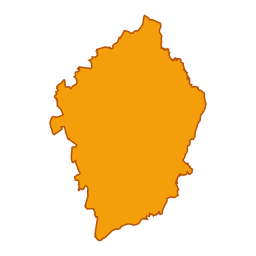 Morroa, Sucre, Colombia (Natural Earth projection)
{"feature_id": "7082276B21586467517782", "entity_name": "Morroa", "entity_type": "district", "adm_level": 2, "iso_a3": "COL", "parent_name": "Colombia", "parent_adm1": "Sucre", "projection": "natural_earth1", "projection_center": [-75.308, 9.392], "detail": "fine", "context": "isolated", "style": "filled", "palette": "amber", "viewbox_px": 256, "rotation_deg": 0, "n_neighbors": 0, "source": "geoboundaries", "source_scale": "gbopen_adm2", "svg_char_len": 5662}
<svg xmlns="http://www.w3.org/2000/svg" viewBox="0 0 256 256"><path d="M89.1,60.4L90.6,61.6L91.4,62.9L91.6,65.5L91.9,67.2L90.4,68.5L79.4,66.9L78.4,67.7L77.7,68.7L79.1,68.5L79.4,68.6L79.7,68.9L79.6,69.9L78.8,70.0L79.0,70.6L78.7,71.3L78.0,71.7L75.6,72.2L75.3,72.5L75.5,75.3L75.1,76.3L74.1,76.9L75.7,78.0L76.7,80.0L76.9,81.2L76.9,82.6L75.7,84.8L74.5,85.1L72.7,86.1L70.7,88.7L69.9,87.2L68.8,86.7L66.2,87.2L65.3,86.4L65.0,83.9L65.2,82.5L64.8,81.7L64.8,80.6L64.2,79.8L63.4,80.3L63.0,81.0L62.3,81.5L61.8,82.7L58.2,84.9L57.8,86.2L56.7,86.6L56.9,88.7L57.7,89.6L57.9,90.7L57.8,91.0L57.2,91.4L55.9,91.7L56.2,93.8L56.7,93.8L56.7,94.4L54.9,95.6L54.6,96.1L54.5,96.8L54.7,97.4L55.4,97.8L55.7,98.5L55.9,98.5L56.2,98.1L56.6,98.3L56.7,98.5L56.5,99.4L57.4,100.2L57.4,100.6L56.9,100.8L57.3,101.6L57.1,102.4L57.4,104.4L57.2,105.8L58.4,106.6L59.6,108.0L60.6,108.8L62.9,114.0L63.3,114.6L61.2,115.8L56.8,117.2L52.7,116.6L51.7,118.0L50.9,119.7L50.2,122.0L50.0,123.7L50.3,124.0L50.6,126.8L51.8,129.4L52.3,132.1L52.8,133.2L54.1,134.6L62.1,129.1L61.2,126.9L64.2,126.6L65.3,129.7L65.5,131.6L68.2,139.4L68.4,139.5L69.1,138.9L69.8,139.8L76.7,145.0L75.9,147.0L72.3,147.1L72.0,147.6L71.9,150.6L71.5,153.7L71.3,158.6L72.4,162.5L73.4,162.4L75.7,160.9L75.5,161.7L75.6,162.6L76.8,165.2L77.0,166.3L78.8,171.0L80.0,173.0L79.4,174.2L78.6,174.7L76.8,175.1L76.3,175.8L75.1,176.4L74.8,176.9L74.7,177.6L75.4,180.1L78.0,180.3L78.6,180.8L78.8,181.3L78.9,182.7L78.6,185.2L79.2,186.3L79.4,187.1L78.5,188.9L78.4,189.8L78.6,190.4L79.2,190.3L80.7,188.9L81.6,188.9L82.5,189.6L83.0,189.5L83.9,188.6L85.0,186.2L85.6,185.9L86.8,186.3L87.7,187.9L87.9,188.7L87.7,193.7L88.0,195.2L87.5,197.9L85.9,203.2L85.5,205.1L85.2,205.7L85.7,205.7L85.5,207.2L86.7,208.6L87.7,208.9L93.4,208.7L95.3,213.4L95.3,213.6L94.6,214.3L96.0,217.3L97.0,216.8L97.3,216.9L97.2,217.7L97.5,218.0L95.1,233.9L95.1,235.1L95.7,235.2L95.1,237.0L96.1,237.5L97.4,239.4L98.0,240.0L100.0,240.6L101.3,240.1L102.6,238.6L102.8,238.8L103.4,238.2L104.9,237.7L111.7,231.2L112.7,230.1L114.4,229.9L116.1,229.1L118.4,229.1L120.1,228.3L121.2,226.5L124.6,225.0L127.6,224.0L130.7,224.1L133.6,225.2L137.1,224.3L138.6,223.5L139.3,222.9L141.4,219.4L142.2,218.8L144.4,219.0L144.4,218.7L147.5,219.2L147.2,218.5L146.2,217.3L146.2,216.6L146.4,215.9L149.4,216.3L149.7,213.6L149.9,213.3L151.2,214.5L152.4,214.4L152.7,214.6L153.4,215.9L153.6,215.5L156.8,214.6L156.8,213.8L159.1,213.3L158.8,212.0L158.6,212.0L158.5,211.6L158.9,211.6L160.2,214.4L162.1,213.8L162.6,210.0L164.8,205.2L166.5,202.3L166.9,201.3L167.0,200.6L166.8,200.1L166.9,198.8L168.9,197.4L169.3,197.5L170.5,196.8L173.2,197.3L174.2,197.7L178.2,195.2L177.5,193.9L177.6,191.3L177.3,190.8L178.6,189.8L175.7,182.8L176.3,182.5L176.9,183.8L177.4,183.3L177.2,182.2L176.9,181.8L176.2,182.0L176.2,180.9L176.7,181.0L176.8,180.5L176.6,180.4L176.9,179.5L177.1,179.7L177.4,179.4L177.2,178.9L176.8,179.2L179.7,174.0L180.2,174.2L180.0,174.6L180.3,174.9L180.3,175.3L180.6,174.9L181.2,174.9L181.4,174.4L182.5,175.1L184.9,175.0L186.0,174.5L186.8,173.7L187.2,172.0L187.5,172.5L188.0,172.7L188.7,174.3L189.7,174.4L192.0,172.3L192.1,170.3L192.6,169.5L189.8,167.4L189.9,167.2L190.0,166.4L189.6,166.2L189.5,166.3L188.3,165.1L188.0,163.4L187.2,163.3L186.9,163.7L187.1,164.1L187.1,164.3L184.5,162.2L183.7,161.1L182.9,160.5L182.9,159.9L184.4,158.1L185.2,154.8L187.1,151.6L187.4,150.1L187.4,146.6L188.3,145.5L189.2,145.5L189.8,144.4L190.0,142.6L189.8,141.0L190.0,140.6L191.2,138.8L192.0,139.3L193.5,139.3L193.7,138.3L195.1,136.2L195.0,133.0L197.6,124.5L198.3,122.7L200.1,120.6L200.6,116.2L201.1,114.6L202.5,113.1L204.5,109.7L204.7,108.5L205.3,107.2L206.0,103.6L205.9,103.0L205.3,102.4L205.1,100.5L204.7,99.6L204.6,98.7L204.7,97.8L204.2,96.8L204.3,94.8L204.5,94.2L204.4,93.5L201.3,90.6L200.5,90.2L199.8,90.4L199.2,90.0L198.5,89.1L198.3,88.4L197.8,88.4L197.7,87.1L196.3,87.0L195.8,86.7L195.3,86.8L194.8,86.6L194.4,86.8L193.7,86.5L192.8,87.0L192.0,86.8L191.4,85.9L191.7,84.7L190.2,84.4L190.0,83.9L189.3,83.3L189.3,82.5L189.5,82.1L189.8,80.9L189.2,80.1L189.4,79.7L189.4,79.3L189.7,79.0L189.7,78.8L189.3,78.1L188.7,77.9L188.2,78.8L187.6,79.0L187.1,78.8L187.3,77.5L188.1,77.1L188.3,76.7L188.0,76.2L187.4,75.8L187.0,74.7L186.8,74.6L186.7,73.7L186.9,73.2L186.7,72.8L187.0,72.5L186.0,72.3L186.1,71.8L185.5,71.4L185.2,70.2L184.8,70.0L184.3,70.5L183.8,69.8L183.8,69.5L184.2,69.3L184.1,67.8L183.3,65.3L182.7,64.9L183.4,63.8L183.2,63.2L181.5,62.5L180.7,61.8L180.9,59.7L180.7,59.4L180.3,59.0L179.0,58.7L178.7,58.7L178.4,59.1L177.5,58.7L177.2,60.2L176.6,60.2L176.4,60.0L176.6,58.8L175.1,57.9L174.8,58.3L174.5,59.2L174.6,60.2L174.5,60.4L173.8,60.3L173.6,59.6L173.3,59.3L172.9,59.4L172.5,60.0L172.3,59.9L172.2,60.3L170.1,57.7L170.0,57.1L169.1,55.3L169.1,53.7L169.7,52.5L168.7,52.2L168.4,51.5L168.2,50.8L168.7,49.8L168.7,49.3L168.2,49.3L166.9,48.6L165.5,50.0L164.9,50.2L164.7,49.5L164.7,48.9L163.9,48.4L163.6,48.3L163.3,48.9L162.2,47.8L161.3,48.1L161.4,46.6L161.1,44.2L161.6,42.1L161.2,39.0L161.7,36.5L161.4,35.2L160.3,33.7L159.5,31.9L159.4,31.3L159.6,29.4L160.5,27.7L160.7,26.7L160.7,24.9L160.3,23.8L160.4,23.3L153.2,20.2L152.8,19.9L150.9,19.6L150.3,19.9L149.9,19.8L148.8,18.1L147.8,17.7L146.7,16.7L144.5,15.4L143.6,17.7L143.6,19.0L142.8,24.1L141.3,26.8L140.4,28.0L137.7,30.8L136.8,31.2L136.2,30.8L135.2,30.8L134.0,31.6L133.1,33.2L131.6,32.9L130.6,33.4L128.5,31.5L124.2,30.6L122.4,34.5L119.9,38.4L119.2,37.7L117.4,42.6L114.6,43.8L112.7,45.7L113.1,46.8L113.1,48.1L112.5,48.2L111.6,48.8L111.1,48.8L110.1,47.4L109.6,48.3L109.2,48.3L109.1,47.6L105.0,47.0L96.8,49.5L97.2,50.5L96.1,51.2L96.4,51.6L97.0,51.8L97.5,52.3L96.9,53.6L97.8,55.0L95.2,57.2L92.3,57.0L92.8,57.9L91.3,59.2L90.0,59.8L89.6,60.3L89.1,60.4Z" fill="#f59e0b" stroke="#b45309" stroke-width="1.5"/></svg>